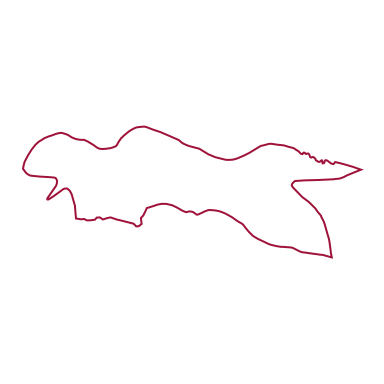 Nhommalath, Khammouan, Laos (Mercator projection)
{"feature_id": "54806243B45246983413139", "entity_name": "Nhommalath", "entity_type": "district", "adm_level": 2, "iso_a3": "LAO", "parent_name": "Laos", "parent_adm1": "Khammouan", "projection": "mercator", "projection_center": [105.307, 17.543], "detail": "fine", "context": "isolated", "style": "outline", "palette": "rose", "viewbox_px": 384, "rotation_deg": 0, "n_neighbors": 0, "source": "geoboundaries", "source_scale": "gbopen_adm2", "svg_char_len": 4489}
<svg xmlns="http://www.w3.org/2000/svg" viewBox="0 0 384 384"><path d="M361.0,169.7L352.8,166.8L346.0,164.8L338.2,162.7L337.7,162.8L337.3,162.5L335.4,162.1L334.8,162.3L334.3,163.3L333.4,164.1L331.3,163.6L327.6,160.8L326.2,160.2L325.3,160.3L324.7,161.2L324.6,161.7L324.5,162.1L324.3,162.6L324.1,163.0L323.8,163.1L323.1,163.3L322.6,163.3L322.4,162.9L322.4,162.1L322.4,161.6L322.2,160.7L322.0,160.4L321.5,160.3L321.1,160.6L320.8,161.0L320.2,161.5L319.5,161.9L318.7,161.8L318.4,161.8L317.7,161.4L316.5,160.6L315.9,160.2L315.6,159.6L315.6,159.2L315.0,158.5L314.4,157.7L314.1,157.5L313.7,157.4L313.1,157.0L312.3,157.0L311.8,157.3L311.4,157.5L310.8,157.5L310.3,157.2L309.9,156.4L309.6,155.5L309.1,154.4L308.6,153.8L308.3,153.5L307.8,153.5L307.1,153.5L306.3,154.0L306.0,154.0L305.4,153.7L305.1,153.2L304.9,153.0L304.6,152.8L304.2,152.6L303.7,152.6L303.4,152.8L303.1,153.2L303.0,153.3L302.9,153.6L302.5,154.1L302.2,154.1L301.8,154.0L301.0,153.8L300.3,153.2L299.1,151.9L298.8,151.5L296.9,150.2L296.7,150.2L295.6,149.5L294.3,148.5L292.5,147.8L288.8,146.9L284.9,145.7L284.0,145.4L277.4,144.7L272.7,144.0L271.0,143.8L270.0,143.8L268.8,143.9L267.4,144.3L265.1,144.9L263.6,145.3L262.5,145.6L261.7,145.7L261.1,145.8L260.8,145.9L249.1,153.0L244.3,155.4L238.3,158.0L237.0,158.5L234.4,159.3L233.5,159.5L232.2,159.7L230.9,159.8L228.7,159.9L227.2,159.9L226.1,159.8L224.5,159.5L215.3,157.2L208.4,154.3L201.5,150.1L200.6,149.5L199.7,149.0L198.9,148.6L198.4,148.5L190.8,146.5L189.3,146.1L187.6,145.5L184.1,144.0L182.4,143.0L181.3,142.3L180.2,141.2L179.4,140.6L178.9,140.1L170.0,136.2L160.5,132.1L153.8,129.9L149.3,128.2L147.6,127.5L146.0,127.0L144.4,126.6L143.7,126.6L142.7,126.7L140.5,126.9L138.9,127.1L138.0,127.2L137.1,127.3L135.6,127.7L133.7,128.6L132.2,129.4L130.0,130.7L127.3,132.7L125.5,134.3L123.8,135.6L122.5,137.0L120.9,138.4L120.2,139.7L119.8,140.0L118.9,141.5L118.4,142.3L118.0,143.0L117.4,144.2L116.8,145.1L116.3,145.8L115.4,146.4L113.7,147.1L112.0,147.7L110.2,148.2L107.1,148.6L106.0,148.8L102.6,149.0L100.0,148.8L98.7,148.4L97.6,147.9L96.6,147.3L93.5,145.0L87.7,141.5L84.3,139.9L80.5,139.8L77.1,139.3L75.3,138.8L72.2,137.6L69.9,136.2L68.2,135.1L66.1,134.2L63.6,133.4L61.6,132.9L60.3,132.9L58.7,133.2L56.6,133.7L55.3,134.1L53.6,134.8L51.0,135.7L48.4,136.5L46.4,137.4L44.6,138.0L41.7,140.0L38.9,141.6L35.5,144.7L31.7,149.5L27.9,155.5L26.7,157.9L25.7,159.7L24.4,162.4L24.0,164.3L23.6,165.4L23.4,166.6L23.0,168.8L24.2,170.4L25.5,172.2L26.6,173.4L27.6,174.1L29.0,175.0L30.4,175.6L31.4,175.7L32.9,175.9L40.1,176.6L48.9,177.1L53.6,177.5L54.9,177.7L55.9,178.3L56.2,178.9L56.6,179.6L57.0,180.6L57.1,181.4L57.0,182.1L56.8,183.6L56.5,184.7L55.8,186.2L47.7,197.8L47.4,198.4L47.3,198.9L47.3,199.4L47.6,199.5L47.9,199.5L48.6,199.4L53.3,196.4L59.7,191.8L62.1,190.0L63.2,189.2L63.9,188.9L64.6,188.7L65.4,188.5L66.0,188.5L66.7,188.5L67.5,188.7L68.2,189.3L68.7,189.9L69.9,190.9L70.6,192.3L71.6,194.1L74.9,205.6L75.4,211.6L75.6,214.1L76.0,218.5L81.1,219.3L84.3,219.0L86.6,220.3L90.3,220.3L94.9,219.7L96.8,217.6L99.7,217.4L103.0,219.5L105.6,218.6L107.5,218.0L109.1,217.7L110.6,217.4L116.7,219.5L121.9,220.7L133.6,223.7L136.3,226.4L138.8,226.2L141.6,223.9L140.9,218.0L143.2,215.6L145.1,211.9L146.8,208.1L152.3,206.4L157.7,204.6L161.3,203.9L166.3,203.9L172.1,205.2L176.9,207.5L182.4,210.7L186.1,212.2L189.7,211.3L193.0,212.0L196.8,214.7L198.1,214.5L198.9,214.2L200.1,213.6L202.2,212.7L203.8,211.8L205.3,211.2L206.3,210.8L208.0,210.2L209.7,210.0L210.6,210.1L213.1,210.2L216.2,210.6L219.1,211.2L221.9,212.1L225.5,213.6L231.8,217.1L237.6,221.2L241.8,223.6L242.9,224.5L243.6,225.3L245.0,227.2L247.5,230.2L249.3,232.3L251.6,234.5L252.7,235.7L254.7,237.0L258.1,239.0L261.1,240.4L264.1,241.8L268.2,243.8L270.0,244.5L272.1,245.1L275.1,245.8L277.5,246.3L281.3,246.9L284.1,246.9L287.0,247.2L288.0,247.2L289.0,247.3L290.0,247.4L290.7,247.4L291.6,247.6L292.8,247.9L294.8,248.9L299.7,251.4L301.4,252.0L303.1,252.4L304.5,252.5L306.8,252.8L309.1,253.2L316.9,254.2L319.5,254.6L322.7,254.9L327.0,256.1L331.8,257.4L330.9,253.1L330.7,251.3L330.5,249.3L329.4,241.4L328.8,238.4L327.9,235.5L327.2,233.0L324.5,223.6L323.6,221.2L321.6,217.5L320.9,215.6L317.8,212.0L315.4,208.5L311.1,204.2L308.6,201.8L302.3,197.1L293.2,187.7L292.2,186.3L291.8,185.6L291.8,185.0L292.0,184.3L292.2,183.8L292.9,182.9L294.7,181.2L295.4,181.0L304.0,180.4L318.1,180.0L330.9,179.4L333.4,179.3L335.3,179.0L337.2,178.8L338.7,178.7L339.4,178.6L340.7,178.2L344.0,177.0L345.5,176.1L347.2,175.3L353.2,172.8L361.0,169.7Z" fill="none" stroke="#9f1239" stroke-width="2"/></svg>